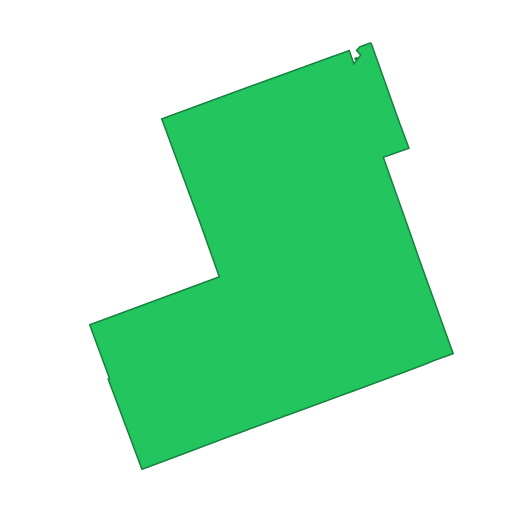 Weld, Colorado, United States of America, rotated 160°
{"feature_id": "52423323B62932676099867", "entity_name": "Weld", "entity_type": "district", "adm_level": 2, "iso_a3": "USA", "parent_name": "United States of America", "parent_adm1": "Colorado", "projection": "albers", "projection_center": [-104.512, 40.501], "detail": "fine", "context": "isolated", "style": "filled", "palette": "green", "viewbox_px": 512, "rotation_deg": 160, "n_neighbors": 0, "source": "geoboundaries", "source_scale": "gbopen_adm2", "svg_char_len": 912}
<svg xmlns="http://www.w3.org/2000/svg" viewBox="0 0 512 512"><g transform="rotate(160 256 256)"><path d="M435.8,248.3L435.5,190.9L437.0,190.9L436.1,94.6L435.9,94.6L393.3,94.9L367.1,95.3L362.4,95.3L358.0,95.3L355.5,95.4L344.1,95.5L339.7,95.5L339.4,95.5L328.4,95.5L327.1,95.5L323.3,95.6L319.9,95.7L316.6,95.6L311.9,95.6L307.5,95.7L302.9,95.7L281.5,95.8L280.9,95.8L280.8,95.7L219.5,95.9L212.3,95.8L187.5,96.0L169.0,96.1L145.4,96.3L131.7,96.5L125.5,96.9L104.1,96.8L103.7,198.2L103.3,226.1L102.6,305.2L93.8,305.1L93.3,305.1L88.7,305.1L75.4,305.0L75.6,333.1L75.6,334.9L75.5,351.7L75.3,372.7L75.2,389.0L75.0,416.1L75.7,417.1L86.7,417.1L91.2,414.8L88.9,409.0L98.3,403.1L98.2,412.5L98.1,417.2L107.8,417.2L116.7,417.3L149.2,417.3L214.2,417.4L297.7,417.1L297.2,304.9L297.6,249.0L435.8,248.3ZM93.6,407.8L95.3,407.8L95.3,406.7L94.1,406.5L93.7,406.6L93.6,407.8Z" fill="#22c55e" stroke="#15803d" stroke-width="1.5"/></g></svg>